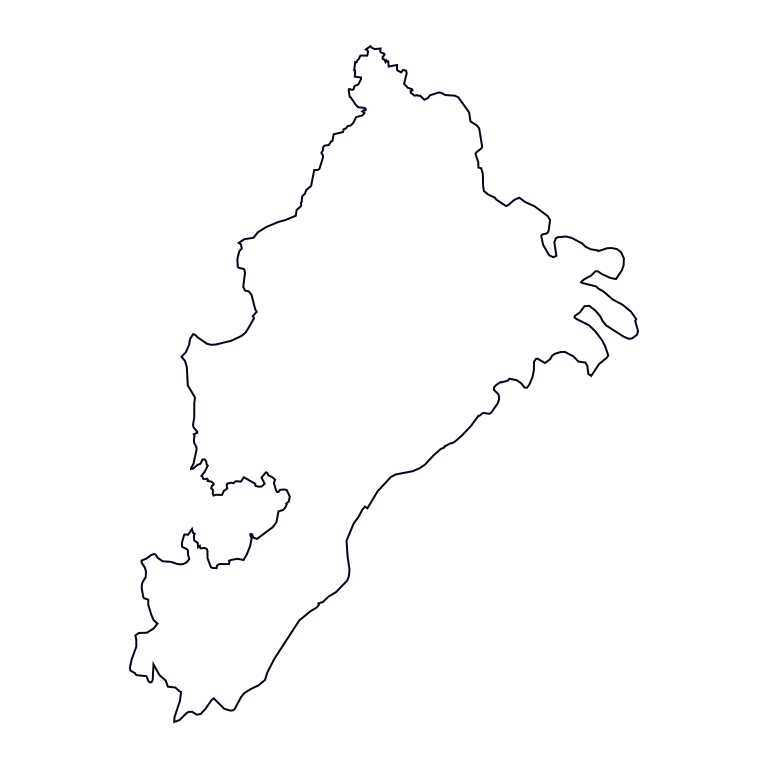 Jhalokati, Barisal, Bangladesh
{"feature_id": "16705992B14602656752780", "entity_name": "Jhalokati", "entity_type": "district", "adm_level": 2, "iso_a3": "BGD", "parent_name": "Bangladesh", "parent_adm1": "Barisal", "projection": "albers", "projection_center": [90.166, 22.562], "detail": "fine", "context": "isolated", "style": "outline", "palette": "ink", "viewbox_px": 768, "rotation_deg": 0, "n_neighbors": 0, "source": "geoboundaries", "source_scale": "gbopen_adm2", "svg_char_len": 6062}
<svg xmlns="http://www.w3.org/2000/svg" viewBox="0 0 768 768"><path d="M367.4,508.3L377.6,491.3L390.9,477.0L395.8,474.4L412.4,471.3L419.7,468.2L425.0,464.6L433.4,455.5L440.7,449.0L444.4,447.4L444.4,446.5L450.1,443.5L452.4,443.1L455.2,441.4L461.4,436.0L470.6,426.4L478.5,415.7L479.4,415.8L483.1,412.9L489.2,413.8L491.2,412.7L497.7,403.3L499.0,399.7L499.1,397.0L498.3,394.1L494.0,390.0L494.1,387.3L496.5,384.7L500.9,381.9L501.5,382.4L507.6,380.7L509.5,378.8L516.5,380.1L521.1,383.2L524.6,387.7L527.0,387.7L529.2,384.8L532.5,377.1L533.9,370.1L534.0,362.0L535.8,359.0L537.5,358.6L544.9,363.0L550.1,359.3L552.1,355.7L554.8,353.8L560.7,352.0L564.9,351.9L573.6,356.5L578.3,361.5L585.4,362.6L587.4,366.1L588.3,373.8L591.2,375.9L599.2,363.9L606.5,358.0L608.3,355.5L605.4,346.9L602.1,340.3L595.2,331.2L589.2,325.4L576.5,319.0L574.5,317.3L574.8,316.0L579.9,312.4L584.5,306.2L589.4,305.9L594.9,310.1L599.9,315.8L602.7,321.2L606.1,325.4L623.9,336.8L628.9,338.8L632.0,338.4L636.7,335.1L638.1,331.3L635.2,320.9L636.2,319.1L630.9,311.6L622.5,304.7L612.7,299.5L603.6,291.6L598.4,288.6L596.1,286.4L581.9,282.9L581.0,282.2L584.0,279.4L591.1,275.6L595.5,271.2L597.7,271.3L602.5,274.4L610.3,277.9L616.0,279.1L621.9,270.2L623.6,265.3L623.9,258.5L621.1,252.2L616.8,249.0L611.0,248.0L607.0,248.3L598.3,251.1L597.8,250.4L590.8,249.3L585.5,246.7L582.1,243.4L571.6,237.9L566.0,236.5L557.8,237.2L556.1,238.0L554.3,242.2L556.4,255.9L553.1,257.2L549.2,255.3L543.1,244.8L541.2,235.8L541.9,234.7L547.3,233.2L548.6,230.9L550.1,220.0L547.7,216.1L534.6,206.3L525.2,202.0L519.3,197.7L514.1,200.0L508.2,205.1L506.1,206.1L496.3,199.6L495.1,197.8L488.2,194.5L483.9,191.1L483.1,185.7L482.8,173.8L481.2,168.3L478.4,167.5L478.3,162.3L475.5,154.0L476.4,152.2L481.1,148.7L482.2,146.9L479.2,128.5L476.9,125.5L470.5,121.4L469.1,112.4L458.3,97.3L454.8,95.7L445.2,95.0L441.1,92.8L438.6,92.5L430.0,95.3L427.9,98.1L424.4,99.7L420.1,95.7L418.7,95.9L417.1,95.1L414.6,95.7L410.9,92.9L410.5,91.3L412.5,90.2L412.1,89.3L407.7,87.7L404.1,83.9L406.7,73.2L406.1,70.7L403.0,69.9L401.3,72.3L398.1,70.9L397.0,69.8L397.1,65.0L388.7,66.5L388.2,61.4L387.1,61.5L386.3,60.4L385.5,62.0L384.2,59.5L382.8,59.0L382.6,57.1L384.6,54.6L384.2,53.7L380.8,52.3L380.2,51.2L380.6,48.5L374.8,49.1L371.6,47.7L370.5,46.1L365.9,49.4L367.6,50.4L368.0,52.0L367.3,55.6L360.4,55.6L358.5,59.5L357.2,60.3L357.0,61.9L356.1,62.5L355.2,62.1L354.2,70.3L355.1,70.5L355.2,71.8L354.8,76.7L361.0,77.5L361.0,79.2L358.3,84.4L354.4,86.2L353.7,89.1L352.3,89.9L349.1,89.0L348.7,90.3L349.7,96.9L350.8,97.4L355.9,105.1L358.3,107.3L363.5,107.7L365.6,108.6L365.6,110.1L363.8,110.2L362.3,111.4L364.3,112.3L364.4,113.1L362.2,115.5L356.2,117.1L352.9,123.4L350.5,125.5L347.8,126.1L345.8,128.5L343.6,129.3L343.1,132.0L333.7,134.3L332.4,140.9L331.2,141.3L328.8,145.0L324.3,145.7L323.4,146.7L322.8,150.5L321.4,152.8L322.9,155.3L323.0,157.5L319.4,168.9L317.6,170.0L314.2,170.1L311.1,186.0L306.3,190.0L304.9,193.7L302.3,196.2L301.6,202.1L300.8,203.3L301.3,205.1L300.7,206.5L296.7,209.9L295.7,215.8L284.9,220.2L278.2,222.0L266.3,227.0L258.0,232.2L253.4,237.8L244.3,239.2L238.8,242.9L240.9,244.3L241.8,248.5L239.3,251.1L237.8,257.0L237.4,259.8L237.8,266.9L239.2,268.0L243.7,268.9L244.5,270.1L245.0,273.2L243.2,287.0L245.2,290.7L248.6,291.3L251.5,294.7L255.2,309.3L256.7,311.8L252.9,316.0L254.0,318.3L248.7,327.6L245.7,332.4L241.6,335.9L231.1,340.8L215.9,344.5L211.3,344.8L207.0,343.8L197.6,337.3L195.1,334.8L193.1,334.2L190.0,339.1L189.2,344.7L185.8,352.2L181.5,356.8L184.9,360.8L186.8,366.8L187.8,385.5L195.0,397.5L194.3,402.8L194.2,417.6L193.0,424.9L193.6,427.4L197.0,431.4L197.3,432.8L193.8,434.2L194.5,435.8L193.9,439.9L194.2,443.0L196.3,446.7L196.6,449.4L193.4,464.1L191.0,468.1L191.0,469.1L192.9,468.7L197.6,464.9L200.5,463.7L202.5,459.5L204.8,459.4L206.2,461.7L206.7,464.5L207.8,465.6L204.8,471.6L201.5,475.8L202.3,476.1L203.0,478.6L204.3,479.2L207.0,478.7L207.9,479.8L207.6,480.9L211.2,481.6L213.4,483.4L213.6,484.7L212.0,485.8L211.2,488.4L212.9,489.8L212.8,493.8L213.5,495.5L216.0,494.8L222.1,494.9L223.8,490.9L227.2,488.5L226.7,485.0L227.2,483.7L230.9,482.7L233.3,483.2L235.9,481.2L240.9,481.6L243.9,477.3L255.3,483.8L255.2,485.3L255.9,486.0L258.8,486.7L261.6,486.5L264.7,483.7L261.5,477.5L266.0,472.3L267.4,473.0L268.3,475.4L272.1,477.1L275.1,479.7L273.9,482.9L276.0,490.2L277.1,492.0L278.4,492.0L280.0,489.8L284.7,489.5L286.7,490.1L289.8,496.5L288.8,501.4L286.3,503.6L286.7,504.4L285.4,507.4L283.3,509.9L278.5,511.4L276.4,522.3L272.8,527.1L257.0,538.9L253.5,537.7L251.8,534.1L250.4,534.0L250.4,535.7L251.6,538.4L250.1,546.1L246.7,554.7L243.5,560.0L237.6,558.8L231.8,559.8L229.1,560.7L229.5,561.5L228.9,564.1L219.3,564.0L216.9,565.8L216.6,568.1L212.6,568.0L210.9,567.1L207.5,558.1L207.4,550.7L206.7,548.8L204.1,547.9L200.5,548.4L199.8,545.9L198.1,547.2L197.7,542.8L194.2,540.5L193.8,535.7L194.8,533.9L193.0,532.8L192.0,529.0L188.2,534.7L184.5,534.5L184.1,535.0L181.9,543.0L182.0,546.7L187.0,549.3L187.9,550.4L188.0,554.6L189.3,559.0L186.9,562.2L183.7,563.9L180.7,564.4L176.9,563.9L171.3,561.9L162.8,561.3L157.6,557.8L155.6,554.6L154.1,554.0L151.1,555.1L146.2,558.7L141.6,560.5L141.5,562.5L144.8,567.5L146.0,571.3L145.7,577.1L142.6,582.2L141.8,585.0L141.8,588.9L143.2,596.7L144.1,598.3L148.2,599.6L148.3,605.1L151.4,615.0L153.6,620.1L157.5,623.6L153.8,628.4L146.9,632.7L138.9,633.0L135.3,635.4L136.3,639.6L136.3,646.7L131.6,659.6L129.9,667.9L130.4,670.6L134.9,673.1L136.3,675.1L146.5,676.2L148.5,681.4L150.3,682.5L151.9,681.7L152.7,679.7L153.5,664.4L159.4,675.0L165.7,680.6L167.9,686.7L175.3,687.5L179.4,691.3L181.1,692.0L179.9,701.1L174.5,717.2L174.2,721.9L179.5,720.1L186.6,713.0L188.9,711.9L192.1,711.8L196.9,714.7L200.7,714.0L205.5,708.8L211.4,700.3L213.7,698.3L224.2,708.8L230.5,710.6L233.0,710.3L234.6,709.1L241.2,696.9L244.2,693.2L251.0,688.9L258.3,685.5L265.0,680.0L267.3,672.5L274.4,658.7L299.3,620.4L310.5,611.2L316.8,607.4L318.9,604.9L318.4,603.4L322.9,602.0L328.4,596.7L335.9,592.2L347.2,580.6L348.9,576.2L349.5,569.5L347.6,556.7L346.5,540.9L353.6,523.6L358.6,516.7L362.3,509.8L364.9,506.6L367.4,508.3Z" fill="none" stroke="#020617" stroke-width="2"/></svg>